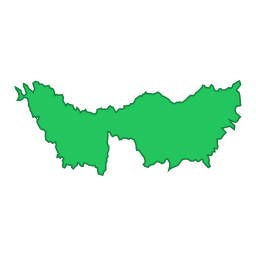 outline of Sertão, Rio Grande do Sul, Brazil
{"feature_id": "56859067B36736749434356", "entity_name": "Sertão", "entity_type": "district", "adm_level": 2, "iso_a3": "BRA", "parent_name": "Brazil", "parent_adm1": "Rio Grande do Sul", "projection": "equal_earth", "projection_center": [-52.342, -28.013], "detail": "fine", "context": "isolated", "style": "filled", "palette": "green", "viewbox_px": 256, "rotation_deg": 0, "n_neighbors": 0, "source": "geoboundaries", "source_scale": "gbopen_adm2", "svg_char_len": 3966}
<svg xmlns="http://www.w3.org/2000/svg" viewBox="0 0 256 256"><path d="M239.2,80.9L237.7,81.8L235.6,83.2L233.2,84.2L232.3,87.0L230.7,88.3L228.7,87.6L226.7,89.1L224.7,90.1L222.4,90.2L220.6,88.6L218.9,89.3L217.9,91.2L215.1,90.8L214.0,89.1L213.2,86.4L211.4,84.8L210.4,86.3L209.0,88.2L207.6,87.5L205.5,87.6L204.4,85.7L202.8,85.3L202.2,87.0L201.0,88.4L199.2,90.3L197.7,91.8L196.3,92.4L195.2,94.0L194.1,95.2L192.4,95.7L190.9,95.3L189.3,96.3L187.8,97.8L186.1,99.6L184.3,101.1L182.9,102.1L181.5,102.6L179.8,101.9L178.5,102.6L176.8,102.3L174.2,103.9L172.9,103.0L171.6,102.5L167.8,98.6L166.0,97.9L164.3,96.5L162.2,96.1L160.1,93.6L157.9,92.2L153.6,94.2L149.4,93.7L146.9,93.5L145.6,92.1L144.5,94.0L142.9,94.3L141.7,96.4L140.3,95.7L139.1,96.4L137.2,97.8L135.4,99.2L134.7,101.0L133.4,103.6L130.7,103.8L129.4,105.6L127.5,105.5L126.0,106.3L124.2,105.8L124.1,108.3L122.5,109.2L120.6,108.9L119.1,109.1L117.1,111.4L115.8,112.2L114.5,110.2L113.0,107.2L111.6,107.2L110.2,105.8L108.8,106.8L107.5,109.1L105.6,109.4L103.7,109.1L102.1,109.4L101.2,108.2L97.1,109.7L97.0,111.8L95.6,114.0L92.7,113.8L90.8,112.6L88.9,112.3L86.9,112.1L85.5,109.6L84.1,111.2L82.5,110.7L80.6,112.9L78.5,109.0L77.0,107.6L76.6,109.2L75.1,110.0L73.4,107.6L72.8,105.4L70.7,104.8L68.9,104.3L67.4,103.5L65.9,105.6L64.6,103.4L63.3,101.8L62.9,99.6L63.4,97.5L62.3,94.8L60.4,94.9L58.3,95.2L56.1,94.4L54.5,95.5L54.2,91.9L53.2,89.3L51.7,88.4L50.1,88.0L48.7,85.5L46.1,86.1L44.5,86.4L43.2,85.0L41.6,84.1L39.1,84.4L38.6,82.3L35.3,81.5L33.0,83.2L33.7,86.2L34.8,88.4L33.3,92.5L31.3,90.6L29.0,89.0L27.4,85.9L24.9,84.2L23.6,83.6L23.6,86.1L25.2,89.3L25.7,91.9L26.7,93.3L25.2,95.0L23.6,95.6L21.8,93.8L20.7,90.4L17.4,88.2L15.4,87.2L15.9,88.9L17.0,90.5L18.2,92.1L19.1,95.0L19.0,97.1L17.4,100.3L19.3,100.2L20.8,100.1L22.3,99.2L24.1,97.4L25.9,97.7L27.7,98.5L28.2,101.0L28.7,103.3L28.5,105.6L30.0,108.0L30.2,110.5L31.7,112.7L33.0,117.2L34.4,116.3L36.6,118.2L37.4,116.5L39.1,116.7L38.5,119.3L37.2,120.0L37.0,122.1L39.2,126.3L40.2,128.2L41.7,129.6L43.8,129.5L45.7,132.1L45.4,135.2L45.5,137.3L45.8,139.6L48.6,142.1L51.0,141.5L52.5,143.2L55.5,142.1L56.4,145.2L55.5,146.7L56.4,148.9L57.1,150.6L57.8,152.3L58.9,154.1L57.4,155.0L57.1,157.3L59.1,156.8L60.2,158.2L61.6,156.6L63.9,158.4L62.4,160.7L63.4,163.2L62.5,165.0L63.2,167.3L64.7,167.8L65.8,166.2L66.2,164.3L69.6,165.2L71.8,165.4L71.8,167.4L73.4,168.9L74.8,166.9L77.0,165.3L77.8,162.9L79.2,163.1L79.9,164.7L81.1,166.1L83.0,166.3L83.5,164.2L84.6,162.8L86.5,163.8L89.1,165.0L92.8,165.8L94.9,165.5L95.5,167.3L97.2,167.6L97.8,170.3L98.0,172.3L98.7,174.0L102.7,175.1L103.7,172.1L105.9,169.6L105.8,163.2L106.9,161.3L106.7,158.5L108.0,156.3L107.5,154.5L107.6,152.7L108.7,150.0L108.9,146.8L107.6,144.3L107.3,142.5L107.9,135.7L107.6,133.8L108.1,131.6L109.9,132.2L110.6,134.2L112.4,136.6L115.8,135.1L117.7,135.7L118.7,137.5L119.4,139.7L121.3,139.6L122.9,137.9L124.5,138.2L126.2,138.0L128.8,139.3L130.9,137.9L132.6,139.3L134.3,140.0L135.4,142.8L136.2,145.3L136.3,148.4L136.8,150.3L138.3,150.0L139.8,151.4L144.6,158.2L145.1,160.5L145.0,162.8L143.3,164.5L145.2,166.4L148.4,167.2L149.3,165.9L151.0,164.8L153.5,164.5L156.7,161.4L159.8,162.3L162.1,163.7L164.3,162.5L165.8,159.3L167.5,158.8L169.6,162.5L170.0,164.3L169.6,166.9L168.8,170.2L170.6,168.4L177.9,165.3L180.7,161.5L182.5,159.2L186.1,159.0L188.3,159.2L190.4,161.0L193.8,160.9L195.4,159.6L197.7,161.4L199.1,161.3L201.4,159.3L203.0,160.0L203.3,162.2L204.6,163.4L205.7,164.9L208.4,167.5L210.2,166.4L208.6,162.9L209.2,161.2L208.7,157.8L207.5,155.3L211.8,155.2L212.5,152.0L215.0,151.7L214.1,148.5L217.2,148.9L217.9,146.5L217.2,143.3L217.4,141.2L217.2,138.8L218.9,139.0L220.9,138.8L223.7,134.8L226.0,132.6L224.0,130.3L222.0,128.2L226.0,127.2L230.2,126.3L234.2,129.5L234.7,125.7L232.0,123.4L229.6,119.9L233.0,121.5L235.7,122.3L237.3,121.2L238.6,118.9L240.4,116.9L236.6,113.7L235.6,112.2L235.0,109.2L236.4,106.5L240.6,105.5L239.8,96.0L238.9,92.2L236.9,91.3L236.7,89.6L240.6,84.8L240.1,82.4L239.2,80.9Z" fill="#22c55e" stroke="#15803d" stroke-width="1.5"/></svg>